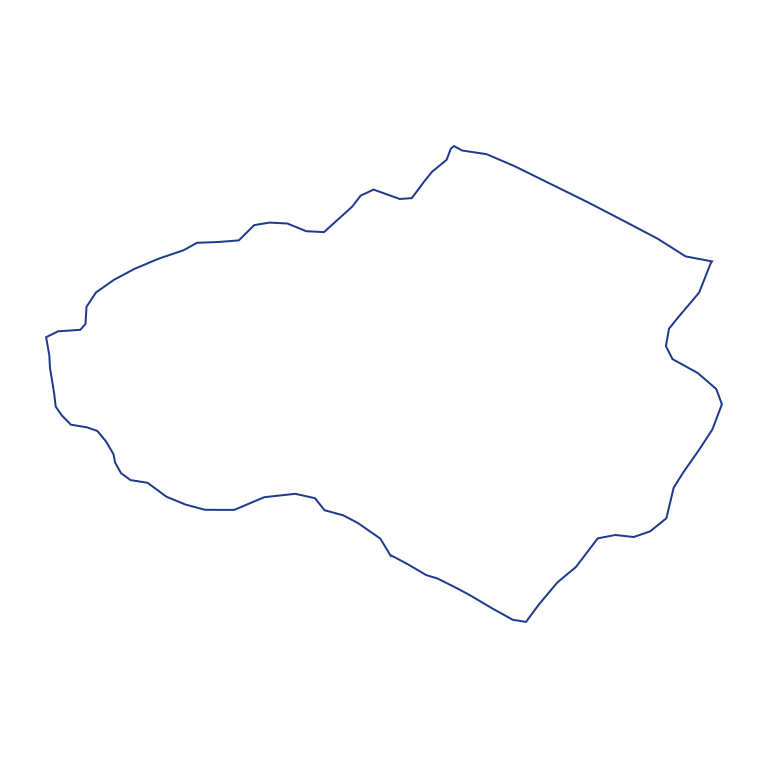 the district of Kramfors, Västernorrland, Sweden
{"feature_id": "70781695B48901631872346", "entity_name": "Kramfors", "entity_type": "district", "adm_level": 2, "iso_a3": "SWE", "parent_name": "Sweden", "parent_adm1": "Västernorrland", "projection": "orthographic", "projection_center": [17.862, 62.994], "detail": "fine", "context": "isolated", "style": "outline", "palette": "blue", "viewbox_px": 768, "rotation_deg": 0, "n_neighbors": 0, "source": "geoboundaries", "source_scale": "gbopen_adm2", "svg_char_len": 1265}
<svg xmlns="http://www.w3.org/2000/svg" viewBox="0 0 768 768"><path d="M454.1,146.1L450.8,148.7L446.6,159.8L432.1,171.7L424.5,181.1L411.8,198.1L399.8,199.0L373.5,189.6L360.7,195.6L352.2,206.6L333.4,223.6L324.0,232.1L306.1,231.2L287.4,223.5L269.5,222.6L254.2,225.1L238.8,240.4L218.3,242.0L197.0,242.8L183.4,250.3L158.6,258.7L134.6,268.8L114.1,279.7L96.0,292.4L86.5,306.8L85.5,323.9L80.3,329.8L58.1,331.3L46.1,337.2L49.3,355.2L50.0,368.0L54.1,392.9L55.7,406.6L61.6,415.2L70.9,424.7L87.2,427.4L97.4,431.0L105.9,441.3L113.5,454.2L114.8,461.0L115.2,462.8L121.1,473.2L130.5,480.1L147.6,482.8L166.4,496.7L185.3,504.5L205.0,509.8L234.2,509.9L264.3,497.2L295.3,493.8L315.0,498.2L324.5,510.2L343.4,515.4L358.0,523.1L380.3,538.6L390.8,556.0L391.3,555.5L407.7,564.2L426.3,575.1L437.2,578.4L456.9,588.2L469.0,594.7L493.1,608.9L512.8,619.8L526.0,621.9L539.0,604.3L557.5,582.3L576.0,566.9L597.7,538.4L615.2,535.0L633.7,537.0L650.1,531.4L666.4,518.2L673.7,487.6L683.4,472.2L699.5,449.2L712.4,429.4L721.9,404.3L716.3,389.1L697.7,373.0L672.5,359.1L665.9,346.1L669.0,328.7L678.7,316.7L699.1,292.6L710.7,263.3L712.0,261.4L685.6,256.4L657.6,238.7L627.0,222.6L586.5,201.6L549.3,183.3L514.4,166.1L486.6,154.2L462.1,150.5L454.1,146.1Z" fill="none" stroke="#1e3a8a" stroke-width="2"/></svg>